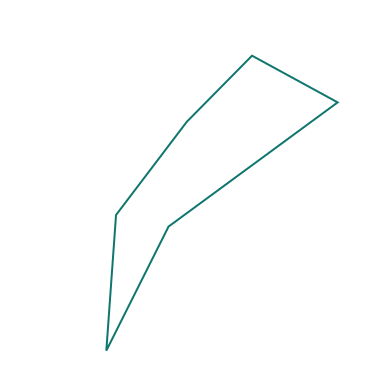 the Parish of Saint Paul Charlestown, rotated 139°
{"feature_id": "KNA-5108", "entity_name": "Saint Paul Charlestown", "entity_type": "Parish", "adm_level": 1, "iso_a3": "KNA", "parent_name": "Saint Kitts and Nevis", "parent_adm1": "", "projection": "mercator", "projection_center": [-62.607, 17.137], "detail": "fine", "context": "isolated", "style": "outline", "palette": "teal", "viewbox_px": 384, "rotation_deg": 139, "n_neighbors": 0, "source": "natural_earth", "source_scale": "10m", "svg_char_len": 247}
<svg xmlns="http://www.w3.org/2000/svg" viewBox="0 0 384 384"><g transform="rotate(139 192 192)"><path d="M57.3,255.5L23.3,164.1L232.4,181.3L360.7,128.5L264.4,224.5L149.9,248.4L57.3,255.5Z" fill="none" stroke="#0f766e" stroke-width="2"/></g></svg>